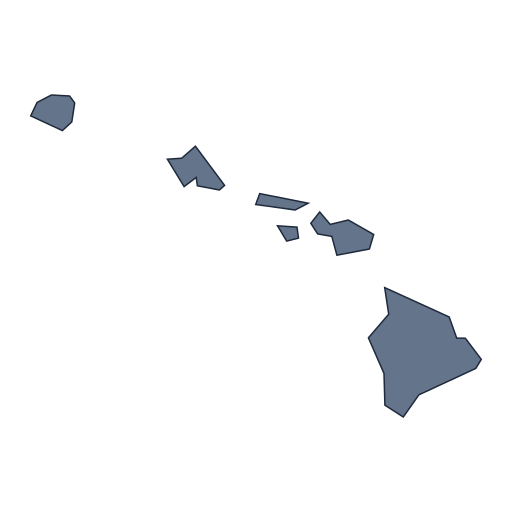 the State of Hawaii
{"feature_id": "USA-3517", "entity_name": "Hawaii", "entity_type": "State", "adm_level": 1, "iso_a3": "USA", "parent_name": "United States of America", "parent_adm1": "", "projection": "mercator", "projection_center": [-158.302, 23.654], "detail": "coarse", "context": "isolated", "style": "filled", "palette": "slate", "viewbox_px": 512, "rotation_deg": 0, "n_neighbors": 0, "source": "natural_earth", "source_scale": "10m", "svg_char_len": 727}
<svg xmlns="http://www.w3.org/2000/svg" viewBox="0 0 512 512"><path d="M465.3,338.2L481.3,359.4L475.8,368.4L418.9,394.8L403.3,417.0L384.9,405.2L384.0,373.5L368.4,337.8L388.7,314.2L384.7,287.6L449.2,317.0L456.7,338.1L465.3,338.2ZM373.7,234.5L369.4,249.0L336.9,255.2L331.8,236.4L317.6,233.9L310.8,223.3L319.7,212.0L330.2,224.4L348.3,220.0L373.7,234.5ZM195.4,146.2L224.6,185.4L219.4,190.0L197.4,185.8L196.2,177.4L184.1,186.6L167.4,159.2L181.7,158.2L195.4,146.2ZM74.7,103.0L71.8,121.9L62.4,130.6L30.7,115.9L37.1,102.4L51.4,95.0L69.6,96.0L74.7,103.0ZM259.7,193.6L308.2,203.2L295.1,210.0L255.7,204.5L259.7,193.6ZM297.0,227.1L298.5,238.1L286.7,241.1L277.5,225.8L297.0,227.1Z" fill="#64748b" stroke="#1e293b" stroke-width="1.5"/></svg>